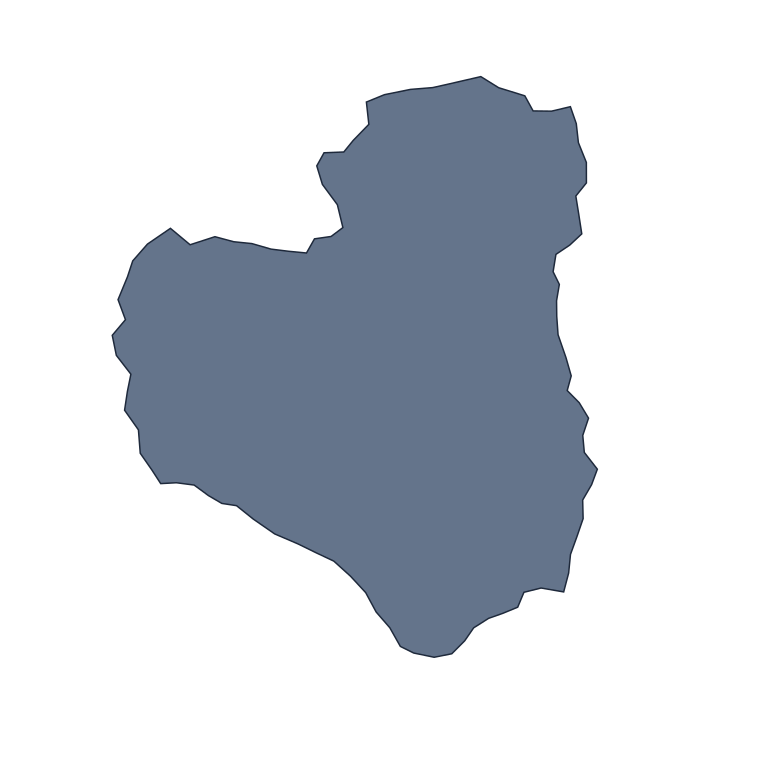 Piedade de Ponte Nova, Minas Gerais, Brazil (orthographic projection), rotated 254°
{"feature_id": "56859067B78649658437346", "entity_name": "Piedade de Ponte Nova", "entity_type": "district", "adm_level": 2, "iso_a3": "BRA", "parent_name": "Brazil", "parent_adm1": "Minas Gerais", "projection": "orthographic", "projection_center": [-42.716, -20.24], "detail": "fine", "context": "isolated", "style": "filled", "palette": "slate", "viewbox_px": 768, "rotation_deg": 254, "n_neighbors": 0, "source": "geoboundaries", "source_scale": "gbopen_adm2", "svg_char_len": 1359}
<svg xmlns="http://www.w3.org/2000/svg" viewBox="0 0 768 768"><g transform="rotate(254 384 384)"><path d="M654.6,527.6L655.5,512.5L659.9,490.6L662.0,464.2L659.9,444.8L637.8,441.0L626.6,421.5L618.1,409.3L622.8,390.1L612.2,379.5L592.8,379.8L569.2,388.6L545.7,387.6L540.4,373.8L542.7,357.2L531.3,345.6L538.0,328.6L544.8,312.6L555.4,295.7L562.2,278.7L572.2,262.1L571.3,236.0L592.5,221.6L583.7,195.2L571.6,176.4L557.8,167.0L538.4,151.6L517.1,153.2L505.7,136.2L485.3,134.6L463.2,143.4L447.6,135.3L430.3,127.4L407.6,135.3L384.6,130.6L365.2,137.2L349.8,141.9L346.3,157.2L339.2,173.6L325.1,184.5L313.9,195.2L307.7,208.7L290.3,221.0L270.0,237.6L254.1,257.1L240.3,272.4L227.6,286.9L208.5,298.8L188.5,308.9L167.0,313.6L148.1,322.4L127.2,327.4L117.2,338.4L107.5,356.9L106.0,374.8L114.9,390.8L124.9,403.0L129.9,420.0L130.8,435.0L132.6,451.0L145.2,461.1L144.6,478.7L134.6,499.4L151.4,509.4L168.8,516.3L184.4,527.6L199.7,538.3L217.7,543.0L230.0,555.8L243.3,565.6L263.0,557.7L279.8,560.9L294.8,571.2L312.2,566.5L327.2,558.3L340.2,566.2L359.3,566.2L383.4,564.9L401.4,568.7L416.4,572.8L431.4,580.0L445.3,577.5L461.2,585.0L466.4,601.0L473.8,615.5L493.5,618.0L511.8,620.2L521.5,634.0L541.2,639.6L562.4,637.4L581.3,640.6L599.2,639.6L600.1,620.2L605.4,602.6L622.2,598.8L637.2,575.9L652.8,561.8L653.7,544.6L654.6,527.6Z" fill="#64748b" stroke="#1e293b" stroke-width="1.5"/></g></svg>